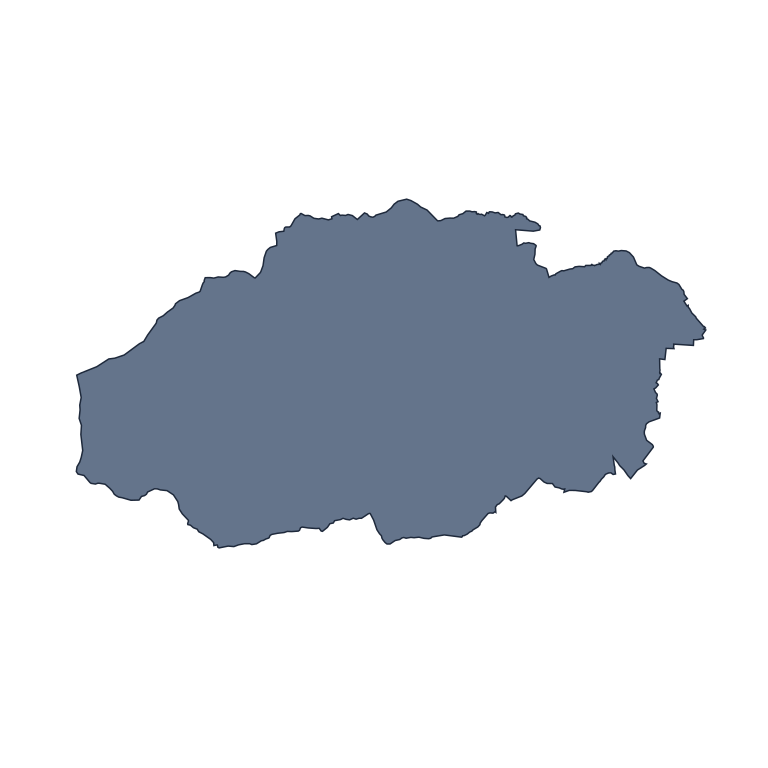 outline of Rasca, Suceava, Romania, rotated 13°
{"feature_id": "2599482B72754053923518", "entity_name": "Rasca", "entity_type": "district", "adm_level": 2, "iso_a3": "ROU", "parent_name": "Romania", "parent_adm1": "Suceava", "projection": "orthographic", "projection_center": [26.151, 47.341], "detail": "fine", "context": "isolated", "style": "filled", "palette": "slate", "viewbox_px": 768, "rotation_deg": 13, "n_neighbors": 0, "source": "geoboundaries", "source_scale": "gbopen_adm2", "svg_char_len": 6162}
<svg xmlns="http://www.w3.org/2000/svg" viewBox="0 0 768 768"><g transform="rotate(13 384 384)"><path d="M291.3,570.2L295.7,568.4L299.8,564.3L301.7,563.5L303.6,561.7L305.9,560.3L306.6,559.7L307.1,557.1L308.7,555.7L314.1,553.3L320.1,551.2L322.9,549.4L327.2,548.6L333.6,546.6L334.6,545.5L335.0,542.9L336.4,541.8L342.6,541.3L350.3,540.1L353.4,539.2L355.8,541.4L357.2,541.4L361.1,536.4L362.7,532.3L365.9,530.8L366.6,528.3L372.1,525.9L374.3,524.1L377.5,524.4L381.1,524.1L384.2,521.7L387.2,522.0L390.0,520.4L392.3,519.9L397.8,514.1L398.8,513.4L399.7,513.3L404.5,518.9L409.9,527.6L413.3,530.9L415.6,532.4L416.7,534.7L418.0,536.1L420.7,538.2L422.8,539.2L425.9,538.5L430.1,534.0L434.3,532.0L436.2,529.9L437.8,529.1L440.2,529.3L444.7,527.4L447.9,527.0L452.5,525.4L457.7,525.4L462.4,524.7L464.2,523.8L465.3,522.2L476.7,517.5L494.0,515.8L494.6,515.2L494.7,514.2L496.2,513.7L498.9,511.5L500.8,509.0L502.7,507.6L503.6,506.0L507.6,502.2L509.1,499.5L509.0,497.9L510.1,495.1L514.5,486.8L516.1,485.8L519.3,485.3L520.9,483.5L521.8,483.9L520.3,478.8L521.5,476.0L523.2,474.8L526.4,469.6L527.0,468.2L527.3,465.8L528.5,465.9L534.0,469.1L535.1,467.9L543.6,462.0L545.9,458.9L554.5,442.2L555.8,440.9L557.4,441.0L561.9,443.5L565.3,444.2L570.5,443.1L573.8,445.9L578.2,445.8L580.6,446.3L582.4,446.2L583.7,445.6L583.7,449.0L588.4,446.0L594.2,444.7L605.7,443.4L607.3,443.5L610.3,442.1L611.3,440.6L615.5,431.5L616.3,430.4L617.3,427.8L619.0,425.1L619.9,422.6L620.6,421.8L622.8,420.2L625.0,419.5L627.6,420.6L629.8,419.6L628.3,415.8L627.5,412.9L626.6,411.3L623.6,403.4L629.8,408.3L632.0,410.5L637.1,413.7L642.3,418.4L645.6,420.7L650.3,410.8L656.2,404.8L657.6,402.9L655.3,402.7L653.6,400.7L660.6,385.0L660.4,384.1L659.1,382.7L652.6,379.8L649.0,374.3L648.4,372.2L648.3,370.8L648.7,367.7L648.3,365.5L648.7,363.7L650.8,361.2L660.2,355.1L659.7,350.3L658.7,351.1L658.3,350.3L657.8,350.2L657.8,349.6L656.4,349.1L655.7,348.3L654.6,342.8L653.5,340.7L655.0,339.6L652.7,336.8L652.8,333.5L652.4,332.4L650.5,331.2L648.1,328.1L649.6,326.7L651.5,323.2L650.4,322.1L648.9,321.6L649.5,318.7L650.8,317.8L650.8,316.8L652.1,312.2L650.8,311.2L650.4,311.6L650.0,310.7L649.8,308.3L649.3,307.1L646.9,297.5L652.2,297.0L650.9,285.8L658.6,284.3L657.7,282.6L657.8,281.5L657.3,280.0L676.8,276.8L675.8,271.2L678.8,270.5L685.0,267.9L685.0,267.3L683.3,265.3L683.1,264.5L685.4,259.0L683.3,258.6L684.6,257.1L683.8,256.4L683.1,256.0L682.7,256.3L673.5,249.7L672.6,248.4L668.0,245.6L664.9,242.0L663.1,240.6L662.7,238.9L661.6,239.8L657.6,235.8L660.4,232.6L656.3,229.2L655.3,226.4L654.4,225.3L653.0,224.8L649.0,220.7L646.8,219.7L641.7,219.5L637.6,218.8L630.1,216.2L622.3,212.5L617.7,211.0L616.1,210.8L613.5,211.5L611.8,212.5L606.0,211.9L603.5,211.0L598.5,204.2L593.6,200.8L590.0,199.9L585.1,200.6L582.6,201.8L580.0,202.0L577.9,202.9L577.0,204.9L575.9,205.6L575.9,206.5L574.6,207.7L574.6,208.3L573.1,209.8L573.3,210.8L573.1,211.6L572.3,211.8L572.3,212.7L571.8,212.2L571.1,212.6L571.2,213.4L570.7,213.8L570.8,214.5L569.3,215.3L569.1,216.7L568.1,217.5L567.9,218.8L566.6,218.0L566.7,218.9L564.6,219.7L562.6,221.3L561.9,221.0L560.8,221.4L559.6,220.7L559.3,221.0L559.5,221.5L559.0,221.9L553.9,223.1L553.1,224.6L547.6,225.5L543.8,226.9L541.9,229.2L539.2,230.2L533.7,233.3L531.8,233.5L530.7,234.3L526.7,237.9L526.2,239.3L525.3,239.4L522.6,241.2L520.8,243.0L516.5,235.4L515.8,234.9L506.7,233.6L504.9,232.5L501.9,229.0L501.9,223.7L500.9,218.5L501.2,215.4L501.0,214.8L498.2,213.6L495.1,213.9L493.3,213.7L490.2,215.1L488.5,215.1L486.9,216.9L483.8,219.0L482.7,219.4L482.5,219.1L477.5,204.1L495.1,201.5L501.1,198.9L501.3,196.5L500.5,194.9L499.4,194.8L497.9,193.4L494.7,192.4L489.3,192.3L486.9,191.0L485.8,190.9L485.6,189.8L484.5,188.9L482.0,188.7L481.2,187.6L478.3,187.8L476.4,187.2L473.8,188.6L473.5,189.9L471.9,191.3L471.1,192.6L470.6,192.7L469.5,191.6L468.8,191.5L467.4,193.6L466.2,194.1L464.2,194.0L463.6,192.5L463.1,192.2L461.5,192.2L459.9,192.7L456.6,191.2L453.8,192.3L450.8,192.0L448.2,192.4L447.7,192.9L447.5,194.2L445.6,193.8L444.6,196.9L444.1,197.5L440.9,196.6L439.9,197.1L438.1,197.2L437.3,196.8L436.7,197.6L435.7,197.2L435.3,195.6L433.6,195.6L431.0,196.4L428.7,196.2L425.0,197.1L422.5,200.3L419.1,202.2L418.2,204.1L414.5,206.8L411.0,207.5L406.3,209.0L402.6,212.0L400.0,212.9L399.4,212.9L386.8,204.8L379.9,203.3L376.2,201.3L368.9,199.2L364.5,198.8L356.5,202.8L353.4,206.5L351.5,210.7L347.5,215.9L338.1,221.3L337.3,222.7L335.7,224.0L333.4,224.1L331.3,223.7L329.5,222.2L326.5,221.7L321.0,229.7L315.3,227.0L310.8,226.9L308.7,228.4L305.1,228.9L303.6,229.6L301.2,228.2L295.3,232.8L296.1,234.7L292.9,236.6L286.2,236.4L283.2,237.9L278.4,238.3L274.1,236.8L272.2,236.8L269.1,237.7L264.9,236.5L264.2,236.8L263.9,238.3L260.1,243.0L257.8,250.8L256.8,252.2L252.9,253.2L252.2,253.9L251.9,254.8L252.0,257.7L247.5,259.3L244.5,261.4L247.5,269.3L248.3,273.2L242.5,276.5L240.5,279.1L239.5,281.1L238.8,287.9L239.5,295.9L238.7,302.3L238.3,303.5L234.7,309.6L233.8,309.7L227.5,306.9L223.8,306.0L221.9,305.9L218.5,306.6L213.3,307.0L210.1,309.0L208.9,310.6L208.1,312.9L205.5,315.4L203.4,316.2L198.3,317.0L194.4,319.1L190.9,319.4L185.9,320.6L185.5,323.5L185.9,324.6L185.1,326.1L184.7,328.2L184.0,335.0L183.1,336.1L180.3,337.8L173.6,343.9L166.0,348.8L162.8,352.7L162.6,354.4L161.4,357.4L156.8,362.6L153.5,367.2L149.6,370.5L148.4,372.8L148.4,375.9L142.7,389.4L140.4,396.5L136.7,399.7L124.3,414.2L115.9,419.4L110.2,421.5L100.2,431.8L86.4,441.4L82.6,444.5L87.6,455.0L92.0,465.3L92.3,473.0L93.7,477.6L94.7,486.1L98.5,492.3L100.0,501.4L105.4,516.6L105.5,523.6L105.1,528.5L103.5,533.7L103.9,538.5L106.1,540.6L112.3,540.6L119.6,546.1L120.9,546.7L125.3,546.4L127.6,545.0L129.5,544.7L134.8,544.4L140.3,547.3L143.7,549.6L146.0,552.1L148.5,553.2L151.1,553.9L154.4,553.7L163.6,554.2L171.4,552.2L173.0,548.1L175.8,546.6L177.3,544.9L178.0,542.4L184.0,537.7L186.8,537.2L189.9,537.5L196.6,536.7L203.8,539.4L209.5,544.9L210.9,547.5L212.6,551.9L216.7,555.9L223.9,560.7L224.3,561.4L224.1,564.2L224.5,565.1L227.2,565.1L230.6,566.9L234.7,567.5L236.7,569.6L241.3,570.8L250.1,574.4L253.7,576.9L254.6,579.7L257.6,578.3L258.0,578.5L258.7,580.3L260.2,580.8L268.6,577.0L274.3,576.2L278.4,573.5L284.0,571.0L289.1,569.8L291.3,570.2Z" fill="#64748b" stroke="#1e293b" stroke-width="1.5"/></g></svg>